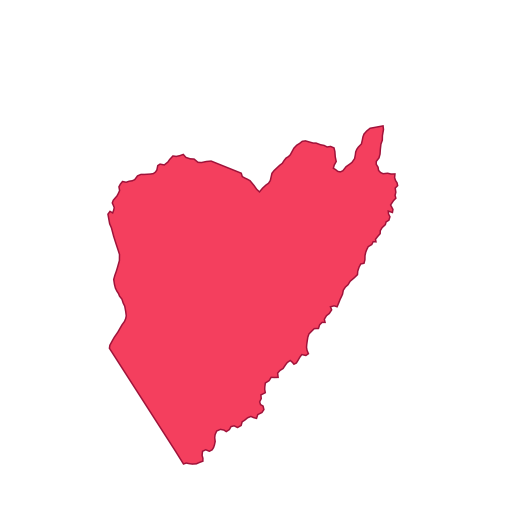 the district of Figueirópolis D'Oeste, Mato Grosso, Brazil, rotated 55°
{"feature_id": "56859067B94732252375556", "entity_name": "Figueirópolis D'Oeste", "entity_type": "district", "adm_level": 2, "iso_a3": "BRA", "parent_name": "Brazil", "parent_adm1": "Mato Grosso", "projection": "mercator", "projection_center": [-58.701, -15.494], "detail": "fine", "context": "isolated", "style": "filled", "palette": "rose", "viewbox_px": 512, "rotation_deg": 55, "n_neighbors": 0, "source": "geoboundaries", "source_scale": "gbopen_adm2", "svg_char_len": 3476}
<svg xmlns="http://www.w3.org/2000/svg" viewBox="0 0 512 512"><g transform="rotate(55 256 256)"><path d="M268.5,95.1L266.3,98.4L263.7,100.7L261.5,104.7L259.1,106.1L256.2,106.5L253.3,105.1L249.8,104.9L247.5,103.2L246.2,99.0L243.7,96.0L240.0,93.0L236.0,89.5L233.6,86.1L229.9,83.4L225.5,79.0L222.3,77.3L216.8,89.3L217.1,93.6L218.0,97.5L219.7,100.0L222.1,102.5L224.7,105.4L225.5,109.7L226.4,112.2L227.9,114.6L230.2,116.7L232.8,119.4L234.4,123.7L234.5,126.5L234.5,131.0L236.0,135.9L235.5,138.6L233.6,140.5L231.0,141.2L228.5,142.3L226.4,139.8L224.6,136.1L220.2,134.2L215.7,131.5L212.2,130.1L209.0,132.1L207.5,135.2L204.5,136.8L201.8,139.4L198.0,142.0L196.4,144.3L193.7,146.5L190.1,149.4L188.6,152.3L188.8,155.6L188.6,159.1L189.4,163.1L190.9,166.1L192.8,169.9L193.2,172.6L193.0,175.2L193.9,178.2L195.2,181.3L195.3,184.6L195.9,188.8L196.4,192.2L197.4,195.5L202.4,201.0L203.6,204.0L203.6,207.2L204.2,211.7L205.5,216.4L201.8,217.2L197.2,217.2L190.9,217.7L188.2,219.0L185.6,220.5L183.1,221.7L179.7,220.6L152.5,238.3L150.1,242.5L148.2,247.0L146.0,249.8L141.1,251.1L138.6,254.2L135.0,256.9L131.1,257.3L130.1,260.9L128.7,264.2L126.4,266.7L127.4,271.3L128.5,274.3L128.8,278.9L125.7,281.9L125.6,284.6L128.7,287.9L129.6,290.3L129.6,292.9L128.2,295.7L125.0,300.9L123.2,303.4L122.4,307.1L123.9,311.6L123.4,314.2L122.0,317.0L121.1,320.1L118.4,322.6L119.3,325.8L120.7,328.6L124.2,330.2L125.8,332.9L127.1,335.5L127.7,338.0L128.5,341.0L130.1,343.3L132.7,343.8L135.1,344.4L136.9,346.4L138.5,348.7L135.7,350.0L136.8,353.3L140.9,355.2L145.7,357.4L150.1,358.3L158.2,361.3L165.9,363.7L173.2,365.9L176.4,366.9L181.4,370.5L185.9,376.0L188.4,379.2L190.8,382.6L193.6,386.0L198.0,388.2L201.7,389.6L204.9,390.1L208.1,390.2L210.5,390.8L214.5,390.6L218.4,391.8L221.8,392.3L226.8,394.6L230.6,396.6L232.5,398.6L234.2,401.3L235.5,405.1L236.7,407.7L239.1,412.8L241.3,418.7L242.6,421.5L245.3,426.9L247.5,429.0L369.8,433.9L384.8,434.7L385.6,431.9L387.6,430.0L389.9,427.5L392.0,424.1L392.7,420.6L393.6,417.2L391.2,415.5L388.4,414.5L385.3,411.8L385.9,408.3L389.2,406.2L389.6,403.1L388.6,400.7L387.0,398.5L384.6,395.9L381.1,394.0L378.9,392.0L376.8,388.6L377.6,384.6L380.2,382.1L382.8,381.1L382.9,377.4L381.4,374.3L382.6,371.3L385.9,369.5L386.3,365.4L383.9,362.5L384.0,359.1L383.7,355.7L384.5,352.2L387.1,350.6L389.3,348.7L386.9,345.5L387.6,340.9L386.3,337.6L383.0,336.3L380.3,337.5L377.6,336.7L375.8,333.5L372.6,331.7L373.3,326.8L370.3,325.4L368.3,323.9L365.4,321.2L365.6,316.8L364.1,313.2L366.3,310.3L368.1,307.5L364.3,305.4L363.5,302.0L363.7,298.4L362.1,294.3L361.2,291.5L361.2,287.9L363.9,287.2L366.4,287.0L366.8,284.3L365.6,281.5L364.1,278.3L363.0,275.0L366.1,272.2L366.1,269.1L362.5,268.3L359.8,267.0L357.7,265.3L355.0,262.8L352.2,260.1L350.2,257.3L349.5,253.5L348.9,249.9L351.2,246.4L348.8,243.3L348.3,239.9L350.0,237.5L347.0,236.3L345.3,232.5L345.1,228.9L343.5,224.9L340.3,224.2L341.6,220.6L344.1,218.7L341.6,214.7L339.7,211.9L338.4,209.5L336.9,207.0L334.1,204.1L332.7,200.6L332.3,197.1L330.7,193.4L330.2,188.0L329.5,183.6L326.8,181.4L324.2,177.9L322.6,174.8L323.9,171.7L321.6,169.0L318.2,166.5L315.8,163.9L314.2,161.5L312.7,158.7L313.0,154.6L311.5,151.8L313.2,149.6L310.8,148.5L309.8,145.1L308.9,141.5L306.5,139.6L305.1,136.4L304.5,132.1L302.7,129.9L302.9,126.6L300.7,123.8L297.5,123.3L295.1,121.9L298.6,119.3L296.4,117.1L291.4,116.5L289.5,111.6L288.9,108.3L286.1,107.3L284.0,104.9L280.2,103.0L279.6,99.6L277.0,98.5L274.2,98.4L271.3,97.5L268.5,95.1Z" fill="#f43f5e" stroke="#9f1239" stroke-width="1.5"/></g></svg>